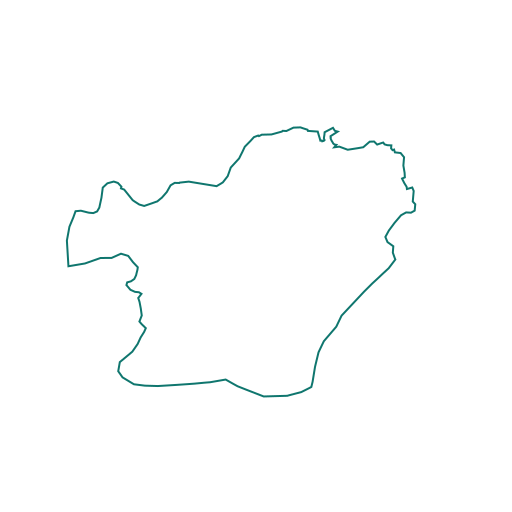 outline of Owensgrove, Grand Bassa, Liberia, rotated 58°
{"feature_id": "62588387B80284911734552", "entity_name": "Owensgrove", "entity_type": "district", "adm_level": 2, "iso_a3": "LBR", "parent_name": "Liberia", "parent_adm1": "Grand Bassa", "projection": "natural_earth1", "projection_center": [-10.306, 6.196], "detail": "fine", "context": "isolated", "style": "outline", "palette": "teal", "viewbox_px": 512, "rotation_deg": 58, "n_neighbors": 0, "source": "geoboundaries", "source_scale": "gbopen_adm2", "svg_char_len": 2619}
<svg xmlns="http://www.w3.org/2000/svg" viewBox="0 0 512 512"><g transform="rotate(58 256 256)"><path d="M238.9,82.5L238.6,84.1L236.3,84.4L234.7,83.2L233.9,82.6L232.1,85.2L231.6,85.9L229.5,87.8L227.2,88.0L226.9,89.0L225.7,94.2L221.5,95.2L219.3,99.0L220.6,107.4L218.6,112.3L214.5,121.9L207.4,127.4L205.3,132.0L204.6,129.9L204.3,129.0L203.8,129.6L202.7,130.5L201.5,130.9L200.4,130.8L198.4,130.8L196.0,130.5L195.4,129.9L194.9,129.9L193.9,129.3L193.8,120.8L191.6,122.8L188.1,122.8L187.8,126.8L187.4,132.2L189.4,133.7L191.7,135.7L192.7,136.3L193.9,136.4L193.9,136.8L194.2,137.1L194.2,137.7L193.8,139.1L192.9,139.0L192.3,140.3L190.0,139.6L186.6,138.7L183.2,137.7L177.4,145.7L176.2,145.4L172.3,148.7L170.5,150.1L167.0,156.2L166.1,164.0L164.0,167.0L164.1,167.7L164.2,168.1L161.7,176.5L161.1,178.5L156.2,186.8L155.9,190.0L155.0,190.3L154.5,192.7L154.1,194.8L155.5,199.7L157.4,207.6L160.5,212.4L162.5,215.7L164.3,218.6L167.6,230.5L173.3,237.7L174.9,242.1L176.0,245.1L176.0,247.8L175.9,252.0L175.9,252.4L161.0,269.4L157.3,273.6L153.3,281.9L153.4,282.4L150.9,286.2L150.8,290.1L150.8,291.0L154.5,297.8L156.7,305.1L156.8,306.4L157.4,310.8L157.0,312.4L156.2,316.1L154.3,324.3L150.5,327.7L145.4,330.1L143.3,331.0L129.8,332.6L127.1,334.7L125.9,333.4L120.9,334.4L118.9,336.0L117.5,337.2L115.6,343.5L116.8,349.7L124.7,356.2L129.3,360.7L131.9,363.2L134.0,367.1L133.4,371.2L131.4,373.9L130.6,374.9L129.8,375.7L124.8,380.5L122.4,385.3L126.5,390.5L132.3,398.7L142.7,408.2L163.1,419.3L165.3,420.5L171.7,405.0L175.3,388.9L181.1,379.5L182.5,369.3L188.2,364.3L196.0,363.6L202.9,362.2L204.9,363.9L207.4,366.5L208.8,367.9L211.0,371.4L211.2,375.5L210.1,379.2L212.0,381.3L218.1,380.4L222.3,377.6L224.7,374.5L227.4,373.2L229.2,378.1L233.2,379.1L239.4,381.5L245.9,384.4L249.8,389.6L253.1,389.1L258.8,387.7L261.1,391.1L263.9,396.9L267.9,403.0L271.6,411.6L273.8,427.7L280.7,433.9L288.2,433.5L300.1,427.5L307.1,418.9L314.3,408.1L323.2,391.7L328.8,381.2L331.6,375.9L336.3,366.5L338.7,361.9L344.7,347.2L352.1,343.2L356.6,340.7L357.3,340.2L363.4,335.7L379.2,323.9L391.1,303.6L391.8,301.2L395.4,289.7L396.2,281.1L396.4,278.5L392.7,274.7L381.3,264.7L380.4,263.8L370.8,254.0L366.4,247.1L364.2,243.6L358.5,225.4L351.9,215.0L343.5,183.2L340.9,171.9L339.8,166.0L338.2,158.0L336.7,150.0L332.8,139.7L331.6,139.5L325.7,138.2L320.5,134.4L313.9,137.1L308.4,136.2L304.8,129.8L301.3,120.9L298.3,111.4L298.6,105.6L301.4,101.6L301.6,97.4L296.5,93.5L292.9,94.2L284.4,87.8L280.7,87.2L279.2,92.5L277.1,91.6L272.8,91.6L268.4,91.2L267.7,91.1L268.2,88.1L264.2,85.9L257.4,83.1L250.7,78.1L245.3,78.8L241.7,83.3L238.9,82.5Z" fill="none" stroke="#0f766e" stroke-width="2"/></g></svg>